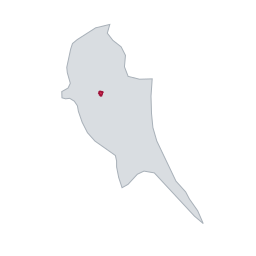 Agros, Nicosia, Cyprus shown in context, rotated 82°
{"feature_id": "46923920B12968995104077", "entity_name": "Agros", "entity_type": "district", "adm_level": 2, "iso_a3": "CYP", "parent_name": "Cyprus", "parent_adm1": "Nicosia", "projection": "robinson", "projection_center": [33.017, 34.919], "detail": "fine", "context": "in_parent", "style": "filled", "palette": "rose", "viewbox_px": 256, "rotation_deg": 82, "n_neighbors": 0, "source": "geoboundaries", "source_scale": "gbopen_adm2", "svg_char_len": 1503}
<svg xmlns="http://www.w3.org/2000/svg" viewBox="0 0 256 256"><g transform="rotate(82 128 128)"><path d="M183.8,135.8L186.3,142.2L175.7,144.1L165.0,144.7L159.1,143.9L153.5,144.3L136.3,162.6L127.0,168.8L115.9,172.6L104.6,174.8L99.0,175.0L94.0,177.4L90.5,181.6L90.4,185.8L88.9,189.2L82.7,188.5L80.1,181.8L75.7,178.9L64.8,180.4L59.4,180.2L41.9,173.8L36.6,171.2L33.3,165.8L24.3,146.1L22.9,131.6L31.2,135.3L39.1,130.8L46.7,123.5L55.7,120.4L61.3,121.7L66.9,123.0L76.9,120.7L81.3,109.8L82.7,97.2L99.7,100.8L116.9,102.7L131.0,103.3L144.9,101.3L187.3,87.9L199.3,79.8L206.8,77.1L219.7,70.5L233.1,66.8L224.5,74.5L176.1,108.2L172.9,118.2L175.1,125.2L182.0,133.6L183.8,135.8Z" fill="#d9dde1" stroke="#a8b0b8" stroke-width="1"/><path d="M90.2,148.6L89.4,148.5L89.1,148.1L89.1,147.9L88.9,147.9L88.8,148.1L88.7,148.2L88.6,148.3L88.7,148.5L88.6,148.8L88.4,149.0L88.4,149.3L88.5,149.4L88.4,149.5L88.2,149.6L88.0,149.8L88.1,150.0L88.0,150.3L87.9,150.4L87.9,150.5L87.8,150.9L87.8,151.0L88.0,151.1L88.3,151.1L88.2,151.4L88.3,151.4L88.5,151.3L88.8,151.3L88.8,151.2L88.9,151.4L89.0,151.6L89.0,151.8L89.2,152.0L89.3,152.0L89.5,152.1L89.6,151.9L89.7,151.7L89.8,151.6L90.0,151.6L90.3,151.6L90.5,151.4L90.6,151.2L90.8,151.0L90.8,150.9L91.1,150.9L91.2,151.0L91.3,150.9L91.5,150.8L91.8,150.9L91.8,151.0L91.9,150.9L92.0,150.9L92.1,150.7L92.3,150.7L92.5,150.4L92.5,150.2L92.4,149.7L91.7,149.6L91.4,149.1L91.2,149.0L91.0,148.9L90.7,148.9L90.5,148.7L90.3,148.6L90.2,148.6Z" fill="#f43f5e" stroke="#9f1239" stroke-width="1.5"/></g></svg>